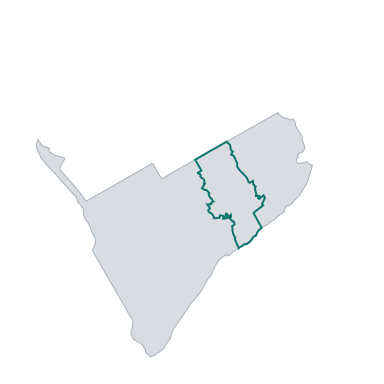 Hardap on a map of Namibia (Robinson projection), rotated 240°
{"feature_id": "NAM-3339", "entity_name": "Hardap", "entity_type": "Region", "adm_level": 1, "iso_a3": "NAM", "parent_name": "Namibia", "parent_adm1": "", "projection": "robinson", "projection_center": [17.113, -24.521], "detail": "fine", "context": "in_parent", "style": "outline", "palette": "teal", "viewbox_px": 384, "rotation_deg": 240, "n_neighbors": 0, "source": "natural_earth", "source_scale": "10m", "svg_char_len": 7122}
<svg xmlns="http://www.w3.org/2000/svg" viewBox="0 0 384 384"><g transform="rotate(240 192 192)"><path d="M280.5,81.6L284.4,80.7L288.1,79.9L292.4,79.1L295.9,78.5L296.7,78.3L305.0,79.1L308.6,79.6L309.9,80.1L311.5,81.5L314.5,84.8L313.7,84.7L308.2,85.4L306.0,86.3L301.3,90.2L300.3,89.7L299.1,88.9L298.2,88.6L296.1,89.6L294.0,90.7L291.7,92.3L289.8,93.8L289.2,94.7L286.2,97.9L285.2,98.4L284.3,98.6L284.0,98.5L283.6,97.1L281.9,93.9L279.0,89.6L278.1,89.2L277.6,89.1L275.4,89.3L269.1,90.5L263.8,91.5L255.7,93.2L247.0,94.6L241.6,95.4L236.9,95.7L236.9,99.9L236.9,108.4L236.8,116.8L236.8,125.3L236.8,133.8L236.7,142.3L236.7,150.8L236.6,159.2L236.6,167.7L236.6,171.4L236.4,172.2L233.7,172.2L227.7,172.2L222.7,172.2L218.6,172.2L218.5,177.2L218.5,183.2L218.5,189.1L218.5,195.1L218.5,201.1L218.4,207.0L218.4,213.0L218.4,218.9L218.4,224.9L218.3,229.4L218.3,229.9L218.3,238.6L218.2,247.9L218.2,257.1L218.1,266.3L218.1,275.6L218.0,284.8L217.9,294.1L217.9,303.3L217.8,306.3L216.0,306.2L212.4,307.3L210.0,308.8L209.0,310.6L207.7,311.7L206.0,312.1L205.3,313.0L205.5,314.5L204.8,315.6L203.3,316.4L200.9,316.2L197.6,314.9L193.4,314.6L188.3,315.3L184.6,315.0L182.4,313.7L180.0,313.0L177.5,312.8L176.0,312.3L173.0,311.4L172.5,309.8L172.1,308.6L171.3,307.3L171.2,306.3L171.8,305.5L171.9,304.2L171.5,302.5L170.6,301.6L169.5,301.7L168.7,301.0L168.4,299.6L167.8,298.6L166.1,297.5L163.9,298.3L162.9,299.5L162.3,301.4L161.7,302.4L161.5,304.0L161.3,305.1L160.8,306.3L160.2,306.8L159.6,306.5L158.5,307.0L156.0,308.8L155.3,309.7L153.3,308.0L147.5,301.7L145.5,300.0L142.4,296.2L135.7,284.1L134.7,281.8L133.4,276.0L131.9,271.7L131.7,269.2L132.4,267.8L132.0,265.9L131.2,264.2L128.9,261.9L128.2,254.4L126.7,249.6L127.0,245.6L126.2,242.0L126.2,239.7L126.5,235.2L125.2,230.1L122.7,225.1L120.4,217.9L120.1,214.8L120.3,206.3L119.8,202.9L119.8,198.8L118.9,194.6L118.5,192.3L119.1,190.5L119.5,191.1L120.2,191.3L120.6,188.9L120.7,186.8L119.5,181.5L117.0,176.1L110.7,167.4L109.1,164.0L108.2,161.2L101.2,149.7L98.1,141.5L96.0,134.5L93.7,131.2L83.0,108.3L80.7,104.7L76.4,100.3L75.4,98.9L73.8,94.7L70.6,89.1L69.8,83.9L69.5,78.0L69.9,73.5L72.8,73.0L74.8,71.8L76.6,71.7L78.4,72.7L80.3,72.7L81.0,72.6L84.4,72.7L86.4,71.6L88.7,70.5L90.1,69.6L91.9,68.6L94.4,67.6L95.8,67.7L97.6,68.1L99.9,68.5L101.2,69.1L102.8,71.2L105.2,73.1L107.0,74.3L109.0,75.8L109.6,76.4L110.5,76.7L111.1,76.8L114.8,76.6L118.3,76.3L121.9,76.4L128.9,76.4L135.8,76.4L142.7,76.4L149.6,76.4L156.6,76.4L163.5,76.4L170.4,76.4L177.4,76.4L180.2,76.5L185.1,76.5L190.3,76.6L190.9,76.7L191.5,77.1L192.0,77.5L193.8,80.1L196.2,82.9L198.1,84.2L200.4,85.0L202.6,85.3L204.7,85.1L208.1,85.4L212.8,86.3L217.7,86.6L222.9,86.2L226.4,86.7L228.5,88.1L230.6,89.0L232.8,89.5L235.8,89.2L239.5,88.2L242.6,88.3L244.1,89.1L245.0,89.1L250.4,88.0L254.8,87.1L261.4,85.7L266.8,84.5L274.9,82.8L280.5,81.6Z" fill="#d9dde1" stroke="#a8b0b8" stroke-width="1"/><path d="M218.4,229.4L218.4,229.6L218.4,230.8L218.4,232.0L218.4,233.1L218.3,234.3L218.3,235.5L218.3,236.6L218.3,237.8L218.3,239.0L218.3,240.1L218.3,241.3L218.3,242.5L218.3,243.6L218.3,244.8L218.3,246.0L218.3,247.1L218.3,247.4L217.4,247.5L217.2,247.3L216.8,247.3L216.6,247.4L214.6,248.4L214.2,248.6L213.2,248.2L211.5,247.8L211.2,247.7L210.5,247.2L210.1,247.1L209.1,246.9L208.3,246.9L207.8,247.0L207.6,247.1L207.1,247.5L206.9,247.6L206.7,247.6L206.6,247.4L205.0,244.9L204.9,244.8L204.7,244.6L204.4,244.9L204.0,245.3L202.4,246.2L202.1,246.2L194.4,245.5L193.0,244.8L192.6,244.4L191.4,243.8L187.4,244.1L178.8,246.3L176.4,246.5L173.0,246.2L172.8,246.1L172.6,246.0L172.5,245.9L172.3,246.0L172.0,246.2L171.5,246.4L171.1,246.7L171.1,250.3L168.1,249.0L167.8,248.9L166.9,249.3L166.4,249.3L165.0,249.7L164.7,249.8L164.6,249.6L164.5,249.4L164.5,249.1L164.4,248.9L164.3,248.7L163.8,248.4L163.0,248.1L162.2,248.0L161.8,247.6L161.4,247.5L161.3,247.4L158.2,246.7L157.9,246.7L157.6,246.7L157.3,246.4L156.9,245.6L156.8,245.4L156.6,245.3L156.4,245.7L155.7,247.3L155.4,247.7L154.7,248.3L154.4,247.3L154.4,247.1L154.5,246.9L154.5,246.7L154.4,246.6L154.3,246.4L154.1,246.3L153.9,246.2L153.6,246.2L152.7,246.5L152.4,246.7L152.4,246.9L152.4,247.1L153.4,252.3L153.2,252.4L152.2,252.1L151.7,252.1L151.4,252.2L151.1,252.3L150.9,252.4L150.7,252.4L150.4,252.2L146.8,247.0L146.6,246.8L146.4,246.7L146.2,246.7L145.3,246.9L145.1,247.0L144.9,247.0L144.9,246.8L144.8,246.6L143.4,236.3L142.9,234.7L126.4,234.5L125.9,233.7L125.7,232.9L125.7,231.2L125.4,230.4L124.4,228.4L124.0,227.7L123.1,226.8L122.8,226.2L122.2,225.4L122.1,224.9L122.2,224.7L122.4,224.4L122.5,224.3L122.5,223.4L122.4,223.0L122.0,222.2L121.6,221.2L120.6,219.2L120.2,217.7L119.9,217.1L119.8,216.1L119.6,215.8L119.7,215.4L119.7,214.7L119.6,214.0L119.5,213.5L119.6,213.2L119.7,212.7L119.9,212.4L120.0,212.3L120.3,212.2L120.6,211.5L120.4,211.3L120.5,210.1L120.1,209.1L120.1,208.7L120.3,205.7L120.2,205.0L120.0,204.4L130.1,205.5L130.6,206.2L130.7,206.4L130.8,206.4L130.8,206.5L131.0,206.5L131.6,206.6L132.9,206.5L134.7,206.8L135.1,206.8L135.3,206.8L137.4,207.4L142.6,209.9L142.4,211.5L142.5,212.0L142.7,212.6L143.8,213.2L144.3,213.2L145.6,213.2L145.8,213.1L146.0,212.8L146.1,212.6L146.2,212.4L146.4,212.3L147.3,212.3L149.6,211.5L150.3,211.6L150.5,211.6L151.7,210.8L151.9,210.8L151.8,211.0L151.6,211.3L151.6,211.6L151.5,211.9L151.6,212.3L151.4,212.5L151.0,212.6L150.8,212.7L150.8,212.9L150.9,213.2L151.9,214.0L152.9,214.3L152.7,213.8L152.4,212.5L152.6,211.9L153.3,211.2L153.6,211.1L154.2,211.3L155.8,211.4L156.0,211.3L156.1,211.2L156.2,210.9L156.2,210.6L156.1,210.2L155.9,210.0L155.7,209.9L154.4,209.5L154.2,209.5L153.9,209.6L153.7,209.7L152.2,209.3L152.0,209.2L152.1,208.8L152.3,207.7L153.2,205.8L153.3,205.6L153.7,205.7L153.8,205.9L153.9,206.0L153.9,207.1L154.0,207.2L154.1,207.3L155.3,207.3L155.5,207.2L157.5,205.2L157.6,204.8L157.4,204.1L157.4,203.9L156.0,203.1L155.9,203.0L155.9,202.8L156.0,202.6L158.0,198.3L158.3,197.9L158.5,197.8L158.9,198.1L159.3,198.4L159.6,198.5L160.0,198.5L160.4,198.4L161.1,198.4L161.8,198.6L163.3,198.2L164.2,197.8L165.3,197.0L166.5,196.7L167.2,196.7L168.0,197.0L168.3,197.2L168.5,197.5L168.5,198.0L168.6,198.9L168.9,199.4L169.5,199.5L171.1,199.2L172.3,199.2L173.3,198.9L173.6,198.9L173.0,199.6L172.9,199.8L172.8,200.1L172.9,201.2L172.9,201.4L172.8,201.5L172.2,201.7L172.1,201.8L172.1,202.0L172.3,203.2L172.4,203.3L172.5,203.4L172.8,203.5L173.0,203.6L173.0,203.8L173.1,205.7L173.3,205.6L176.3,205.6L176.6,205.5L176.7,205.3L176.8,205.2L177.1,205.0L180.5,204.9L181.4,205.2L181.6,205.2L181.7,205.4L182.3,206.3L182.5,206.4L183.4,206.1L183.5,206.0L184.0,206.2L184.3,206.2L184.6,206.1L186.0,205.5L186.7,205.2L187.0,205.1L187.0,204.9L187.0,204.5L187.1,204.3L187.2,204.2L188.8,203.4L190.0,202.6L190.4,202.6L190.9,203.4L190.9,203.7L192.6,207.2L192.7,207.3L192.8,207.2L193.1,206.9L193.2,206.7L193.4,206.6L193.6,206.8L193.8,207.0L194.7,208.0L195.0,208.1L195.3,208.3L196.8,208.5L197.0,208.5L200.4,207.1L200.5,207.1L201.5,207.1L201.6,207.3L201.6,207.5L201.6,207.8L201.9,207.9L203.6,207.9L203.8,207.8L204.6,206.7L204.8,206.6L205.1,206.6L205.5,206.7L205.7,206.8L205.7,207.0L205.8,210.7L207.0,210.9L218.4,210.9L218.4,211.5L218.4,215.1L218.4,218.7L218.4,222.2L218.4,225.8L218.4,229.4Z" fill="none" stroke="#0f766e" stroke-width="2"/></g></svg>